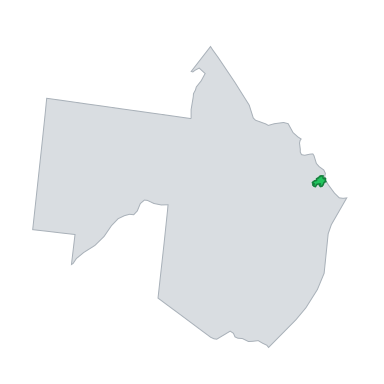 Comapa, Jutiapa, Guatemala shown in context, rotated 276°
{"feature_id": "79465075B15373267205562", "entity_name": "Comapa", "entity_type": "district", "adm_level": 2, "iso_a3": "GTM", "parent_name": "Guatemala", "parent_adm1": "Jutiapa", "projection": "albers", "projection_center": [-89.917, 14.12], "detail": "fine", "context": "in_parent", "style": "filled", "palette": "green", "viewbox_px": 384, "rotation_deg": 276, "n_neighbors": 0, "source": "geoboundaries", "source_scale": "gbopen_adm2", "svg_char_len": 3735}
<svg xmlns="http://www.w3.org/2000/svg" viewBox="0 0 384 384"><g transform="rotate(276 192 192)"><path d="M45.4,284.4L47.4,282.5L49.0,278.0L51.1,273.4L49.9,268.1L49.2,263.8L51.5,257.5L51.4,252.8L52.4,249.9L55.8,248.0L57.6,244.5L48.2,232.0L48.3,229.2L49.5,225.7L57.3,212.5L66.6,196.9L76.8,179.6L82.9,169.3L104.9,169.4L119.5,169.5L138.0,169.6L158.1,169.6L171.3,169.6L176.8,169.5L175.9,162.8L176.6,155.3L179.0,148.5L179.0,145.5L175.1,141.8L167.5,139.6L163.3,136.4L163.3,132.2L161.4,127.3L157.8,121.4L150.1,115.4L138.6,109.2L128.7,101.0L120.6,90.7L113.8,84.0L108.5,81.2L107.3,79.7L122.8,79.9L137.5,80.1L137.6,65.4L137.8,52.3L137.9,37.5L164.5,37.6L196.1,37.7L229.0,37.8L254.8,37.8L270.0,37.7L269.4,56.1L268.6,77.3L268.1,92.9L267.3,113.8L266.6,135.1L265.6,164.2L264.9,183.0L265.3,183.4L273.9,182.5L286.8,183.3L289.9,183.2L293.9,184.8L296.9,185.3L303.5,189.5L311.2,192.7L316.0,186.2L313.4,182.3L311.5,180.3L311.8,178.6L338.6,195.2L335.4,197.8L328.7,203.8L316.4,214.1L305.4,223.3L294.8,231.6L285.3,239.1L284.2,239.9L272.0,245.2L270.0,247.7L267.4,258.3L266.2,260.9L268.5,266.7L270.7,275.8L270.0,280.5L261.6,286.3L257.8,291.6L256.1,295.0L254.5,294.1L251.9,293.8L245.9,295.2L243.0,295.5L240.6,297.0L240.3,300.2L242.0,305.5L242.5,308.2L240.9,309.5L233.4,312.7L230.5,315.8L227.7,320.7L224.5,322.7L221.1,322.4L218.6,323.1L213.5,326.7L205.8,333.8L201.6,339.0L201.5,343.0L202.3,346.5L174.1,334.0L164.7,331.8L125.0,331.9L108.1,326.9L88.8,317.4L75.8,308.7L45.4,284.4Z" fill="#d9dde1" stroke="#a8b0b8" stroke-width="1"/><path d="M216.4,314.5L216.3,314.4L216.2,313.6L215.9,313.1L216.0,313.0L216.0,312.8L215.8,312.7L215.7,312.6L215.5,312.3L215.4,312.2L215.1,312.0L215.1,311.9L215.1,311.7L214.7,311.6L214.6,311.4L214.5,311.1L214.3,311.0L214.2,310.9L213.9,311.0L213.8,310.9L213.7,311.0L213.3,311.4L213.3,311.5L213.2,311.6L212.9,311.8L212.9,312.0L213.0,312.2L213.0,312.3L213.0,312.6L212.8,312.8L212.7,312.9L212.5,312.7L212.4,312.5L212.2,312.3L212.2,312.2L212.1,311.7L212.1,311.4L211.9,311.5L211.6,311.5L211.4,311.5L211.3,311.8L211.3,312.1L211.2,312.3L210.9,312.2L210.7,312.3L210.6,312.5L210.5,313.1L210.4,313.3L210.3,313.5L210.2,313.8L210.1,314.0L210.3,314.3L210.6,314.4L210.7,314.5L210.9,314.6L211.2,314.8L211.7,314.9L212.0,315.1L212.4,315.2L212.4,315.3L212.5,315.3L212.5,315.5L212.8,316.0L213.0,316.3L213.0,316.5L213.2,316.9L213.3,317.3L213.3,317.5L213.4,317.9L213.4,318.1L213.5,318.4L213.6,318.6L213.4,318.8L213.1,318.7L212.8,318.4L212.8,317.9L212.6,317.9L212.3,317.9L212.2,318.0L211.8,318.1L211.5,318.3L211.4,318.5L211.4,318.8L211.4,319.0L210.9,319.1L210.8,319.3L211.0,319.5L211.0,319.9L211.2,320.1L211.2,320.4L211.4,320.6L211.4,320.8L211.5,320.9L211.9,320.9L212.0,321.0L212.3,321.0L212.5,321.2L212.5,321.5L212.8,321.6L213.0,321.6L213.3,321.7L213.6,321.9L213.8,322.0L214.0,322.0L214.3,322.1L214.5,322.1L215.0,322.2L215.2,322.4L215.4,322.5L215.8,323.0L216.1,323.1L216.1,323.4L216.3,323.4L216.4,323.5L216.2,323.8L216.2,324.0L216.3,324.0L216.5,324.0L216.6,323.9L216.7,323.7L216.8,323.7L217.1,323.5L217.2,323.4L217.3,323.4L217.5,323.4L217.8,323.4L218.0,323.4L218.3,323.4L218.5,323.4L218.8,323.5L219.0,323.5L219.4,323.4L219.6,323.2L219.5,322.9L219.6,322.5L219.7,322.4L219.3,321.9L219.0,321.9L219.0,321.7L219.3,321.5L219.3,321.3L219.2,321.2L219.3,321.0L219.4,320.9L219.5,320.9L220.2,320.8L220.8,320.7L221.0,320.7L221.7,320.7L221.6,318.6L221.4,318.1L221.0,318.4L220.9,318.4L220.8,318.2L220.9,317.9L220.9,317.6L220.8,317.4L220.6,317.2L220.4,317.0L220.3,316.9L220.0,316.7L219.8,316.6L219.5,316.4L219.4,316.4L219.2,316.2L218.9,315.9L218.9,315.7L219.0,315.6L219.0,315.4L218.5,315.0L218.4,314.9L218.3,314.6L218.2,314.5L217.8,314.7L217.7,314.7L217.4,314.7L217.2,314.5L216.8,314.6L216.7,314.7L216.4,314.5Z" fill="#22c55e" stroke="#15803d" stroke-width="1.5"/></g></svg>